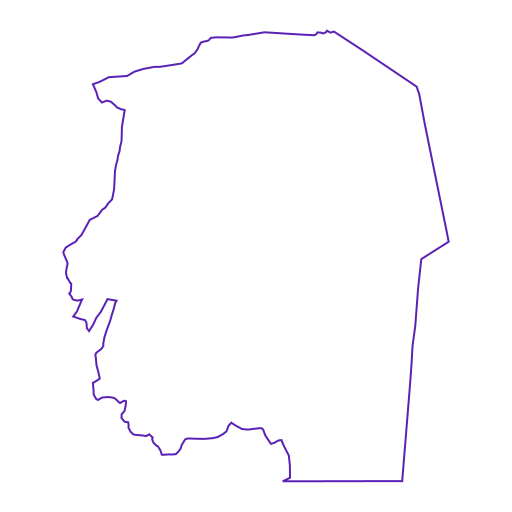 Al-Husayniya, Ash Sharqiyah, Egypt (Mercator projection)
{"feature_id": "37247803B51599084555013", "entity_name": "Al-Husayniya", "entity_type": "district", "adm_level": 2, "iso_a3": "EGY", "parent_name": "Egypt", "parent_adm1": "Ash Sharqiyah", "projection": "mercator", "projection_center": [31.934, 30.925], "detail": "fine", "context": "isolated", "style": "outline", "palette": "violet", "viewbox_px": 512, "rotation_deg": 0, "n_neighbors": 0, "source": "geoboundaries", "source_scale": "gbopen_adm2", "svg_char_len": 3490}
<svg xmlns="http://www.w3.org/2000/svg" viewBox="0 0 512 512"><path d="M362.3,50.1L334.0,31.6L330.4,32.6L327.0,30.7L326.0,32.2L323.1,33.5L321.1,32.7L317.5,32.4L316.2,34.2L315.0,34.9L314.3,35.2L301.5,34.6L296.9,34.3L292.5,34.0L287.0,33.7L271.5,32.7L264.4,32.3L250.5,34.6L249.8,34.7L248.4,35.0L243.6,35.4L243.2,35.5L242.0,35.7L235.2,37.1L231.8,37.6L228.5,37.5L226.2,37.4L220.5,37.4L216.1,37.3L210.8,37.9L208.9,40.1L208.3,40.5L207.7,40.7L206.6,41.0L205.3,41.3L204.2,41.5L200.8,42.6L198.3,47.4L197.8,48.8L195.1,52.7L194.8,53.2L192.2,55.0L189.8,56.9L187.8,58.5L184.7,61.0L182.8,62.7L182.0,63.1L180.9,63.6L165.4,66.0L159.4,66.9L155.9,66.9L154.2,66.9L149.9,67.7L142.7,69.1L137.9,70.6L134.6,71.6L133.2,72.4L131.4,73.4L130.4,74.0L127.1,76.0L126.7,76.0L120.8,76.4L113.2,76.9L108.7,77.2L103.8,79.8L98.8,82.2L98.4,82.3L98.1,82.4L96.9,82.8L93.3,84.1L92.9,84.2L96.4,92.2L96.7,93.4L98.1,98.4L99.9,100.3L101.9,102.5L106.3,100.8L106.6,100.7L110.7,101.6L112.4,103.0L113.8,104.2L115.1,105.4L117.3,107.7L118.7,108.1L119.9,108.7L120.7,109.1L121.1,109.2L121.9,109.4L123.6,109.8L124.7,110.1L121.9,127.1L121.9,127.8L121.7,136.7L121.5,141.3L120.1,146.8L119.5,151.4L118.0,155.9L117.5,160.0L116.0,165.0L115.0,171.0L114.1,189.3L112.1,199.3L107.4,204.2L107.4,204.7L105.1,207.8L102.3,209.6L97.6,215.9L94.3,217.6L92.6,218.5L89.8,219.8L89.6,220.2L86.1,226.6L81.3,235.2L77.2,239.2L76.7,240.6L75.3,241.9L71.2,244.1L65.7,247.6L63.8,251.2L63.3,252.1L64.1,254.9L64.5,255.7L67.1,261.8L67.6,263.7L66.6,268.2L66.0,272.4L66.4,275.1L67.2,278.3L67.7,278.4L70.3,283.0L71.2,283.5L71.0,290.3L70.6,291.5L70.1,292.6L69.2,293.5L70.7,295.5L71.4,296.3L72.6,299.1L74.4,300.1L78.0,300.6L82.1,299.5L80.9,302.1L76.9,311.6L73.2,316.5L80.3,319.0L84.8,320.0L86.2,321.9L86.3,322.4L86.6,324.2L86.9,328.3L89.1,331.1L91.0,328.0L93.3,324.4L96.2,318.0L100.9,311.7L102.3,309.1L107.5,299.1L116.5,300.7L116.1,301.6L115.6,302.1L115.1,303.4L113.6,309.3L111.7,315.2L110.2,320.7L107.3,328.4L105.8,332.9L104.4,337.5L103.3,343.4L103.3,346.1L101.4,348.8L96.3,352.8L95.6,354.3L95.3,354.5L95.8,357.4L96.5,365.2L98.2,371.6L98.9,374.6L99.8,378.5L98.0,379.9L94.3,382.1L92.9,382.9L93.3,388.0L93.6,390.7L93.6,394.4L96.2,399.0L98.0,400.0L99.3,399.1L100.2,398.7L101.6,397.8L103.0,397.4L103.9,397.4L108.0,397.0L112.9,397.6L115.2,398.6L119.6,402.8L120.5,402.9L121.0,402.4L121.9,402.0L123.3,401.1L124.6,400.7L125.4,401.0L126.0,401.2L125.9,403.9L125.4,407.1L124.4,411.2L121.6,414.3L121.6,414.8L121.5,418.0L124.6,421.7L125.0,421.8L128.2,422.3L128.6,425.0L128.5,427.8L130.7,431.9L133.3,434.3L134.7,434.8L141.9,435.4L146.4,436.0L149.2,434.3L151.0,436.0L152.7,437.6L152.2,438.9L152.6,440.8L153.5,442.6L156.1,445.4L157.9,446.4L159.7,449.2L160.5,450.6L161.8,454.7L163.2,454.8L168.6,454.4L171.3,454.5L175.8,454.2L178.1,451.9L179.5,450.1L180.5,448.8L181.9,444.7L185.2,439.3L186.4,438.9L187.5,438.5L190.2,438.5L194.3,438.7L197.9,438.8L200.6,438.8L204.2,438.9L205.5,438.8L212.4,438.2L217.8,437.0L223.3,433.9L226.5,431.3L227.5,428.6L228.5,425.8L230.7,423.4L231.3,422.7L234.8,425.1L242.0,429.0L247.8,429.6L260.1,428.1L262.3,428.6L263.3,429.9L265.3,435.5L271.0,443.9L274.6,442.7L278.3,440.5L281.5,440.1L282.3,442.4L284.9,448.0L288.8,455.4L289.9,465.5L290.0,477.8L282.7,481.3L402.2,481.1L409.2,394.9L410.9,373.2L411.7,361.0L412.1,353.1L412.6,345.2L415.3,325.7L416.2,313.5L418.1,288.3L419.5,275.6L419.5,275.2L419.7,273.6L421.3,259.1L448.7,241.7L448.3,239.9L447.0,233.1L424.7,123.6L424.1,120.4L419.2,94.0L416.6,86.6L394.9,72.0L362.3,50.1Z" fill="none" stroke="#5b21b6" stroke-width="2"/></svg>